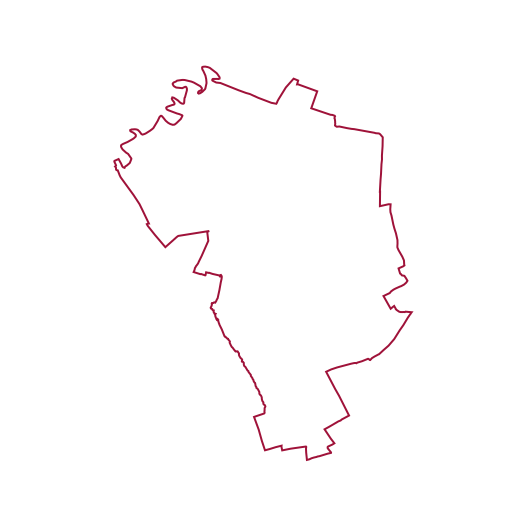 Berezeni, Vaslui, Romania, rotated 200°
{"feature_id": "2599482B46887987422837", "entity_name": "Berezeni", "entity_type": "district", "adm_level": 2, "iso_a3": "ROU", "parent_name": "Romania", "parent_adm1": "Vaslui", "projection": "albers", "projection_center": [28.128, 46.41], "detail": "fine", "context": "isolated", "style": "outline", "palette": "rose", "viewbox_px": 512, "rotation_deg": 200, "n_neighbors": 0, "source": "geoboundaries", "source_scale": "gbopen_adm2", "svg_char_len": 6105}
<svg xmlns="http://www.w3.org/2000/svg" viewBox="0 0 512 512"><g transform="rotate(200 256 256)"><path d="M348.6,406.4L352.7,405.4L356.8,405.9L357.3,406.3L357.4,407.0L357.1,407.6L353.2,409.1L351.7,409.5L350.9,410.2L351.1,411.0L351.5,411.6L354.4,413.7L355.6,414.4L358.4,415.3L363.8,417.0L366.0,417.0L368.5,416.6L370.5,415.7L371.1,415.1L371.0,414.3L370.1,412.9L368.6,411.7L365.2,408.2L363.3,405.2L361.9,402.2L361.6,401.4L360.9,396.1L361.0,395.3L362.6,391.9L364.2,389.8L365.4,389.0L366.2,389.3L366.4,390.1L366.2,390.9L365.8,391.6L364.1,393.1L364.0,394.6L364.4,395.3L366.4,396.5L367.1,396.6L373.7,397.7L376.3,397.8L383.2,397.0L385.4,396.3L390.1,393.8L391.0,392.5L392.7,390.9L393.1,390.0L393.2,389.3L392.8,388.7L391.6,387.7L390.9,387.4L388.6,387.0L382.7,388.5L380.5,390.7L379.8,391.0L379.1,390.7L378.1,389.5L377.6,388.0L377.0,380.8L377.2,380.0L375.9,375.3L376.1,374.5L376.6,374.1L378.1,373.9L379.7,374.2L382.6,375.5L386.0,376.3L387.4,376.6L388.9,376.4L388.9,374.9L387.7,373.8L385.7,372.6L384.7,371.5L384.6,370.7L385.0,370.1L386.4,369.2L390.2,366.1L390.8,365.4L391.1,364.8L390.9,364.2L390.0,363.3L388.3,363.0L379.0,362.9L376.7,363.1L373.6,363.0L373.2,362.8L373.1,362.2L373.5,359.1L376.3,353.4L376.8,352.7L377.2,352.0L377.8,351.4L379.2,350.8L381.7,350.7L384.1,351.1L387.1,352.2L390.5,354.3L392.4,355.3L393.2,355.3L393.6,354.9L394.2,353.6L394.6,349.2L396.2,341.1L396.9,339.8L398.4,337.5L401.4,333.6L402.5,332.5L404.1,331.3L404.8,331.3L405.4,331.4L408.0,333.1L410.3,334.1L411.9,334.0L413.4,333.6L416.3,332.3L417.3,331.2L416.9,330.5L416.2,330.2L413.9,330.0L411.6,329.4L410.3,328.6L409.9,327.4L410.0,326.8L411.1,324.7L412.1,323.4L415.7,319.2L419.2,315.9L420.2,314.7L420.6,314.0L420.5,313.2L420.1,312.5L419.7,312.0L417.8,310.5L413.4,308.7L411.1,308.2L406.5,305.0L406.3,304.2L406.4,300.7L406.5,300.1L408.3,296.9L409.4,295.5L409.7,294.5L409.7,293.9L411.1,293.9L412.2,294.4L414.5,296.8L418.3,300.1L421.5,297.0L421.4,296.2L418.5,293.3L418.6,292.3L419.0,291.9L417.8,291.1L417.0,289.3L416.3,289.0L415.2,289.2L411.7,285.2L410.0,283.6L391.9,271.4L383.2,264.9L378.0,259.9L367.8,249.9L368.5,249.6L369.5,248.6L367.9,247.2L358.1,241.2L344.2,233.3L337.1,246.5L336.3,247.8L335.7,248.4L308.5,263.5L309.8,262.2L309.9,261.6L306.0,253.9L307.1,237.4L307.8,231.1L307.9,229.2L308.4,227.4L309.0,225.6L309.0,224.7L309.3,223.7L309.1,222.9L309.0,221.5L309.1,219.6L302.1,219.9L301.5,220.3L297.1,220.4L296.9,220.6L297.3,223.6L294.8,223.9L294.4,224.2L290.7,224.3L283.6,225.2L283.5,224.9L282.8,224.4L282.5,224.5L282.6,225.3L282.8,226.0L282.5,226.2L281.3,225.3L280.9,224.3L280.5,222.5L280.1,219.3L278.7,211.3L277.6,203.1L277.9,201.9L278.0,199.9L278.4,198.2L279.3,198.2L279.6,198.0L280.0,197.3L281.3,196.7L281.3,195.9L281.0,195.6L280.8,195.3L280.7,193.7L280.9,191.9L280.6,191.5L280.2,191.2L279.0,191.2L278.6,190.6L278.3,190.4L277.1,190.4L277.1,190.0L276.7,188.9L275.5,188.2L275.4,188.1L275.5,187.7L275.4,187.6L274.9,187.5L274.2,187.7L274.3,186.7L273.9,186.2L273.7,185.6L273.4,185.4L272.9,184.6L272.2,183.9L271.8,183.8L271.5,183.1L270.9,183.1L270.8,183.7L270.4,183.6L270.3,183.4L270.7,182.6L270.6,182.4L270.3,182.4L270.0,182.9L269.6,182.9L269.5,182.5L269.1,181.8L268.5,181.1L268.2,180.5L267.5,179.9L267.0,179.1L263.0,175.3L258.2,169.9L257.7,169.6L257.2,169.7L256.8,169.3L256.2,169.3L254.6,168.5L253.9,168.6L253.6,168.1L252.7,167.6L252.2,167.4L251.3,166.7L251.1,165.5L248.9,163.3L247.6,162.2L246.7,161.9L244.0,160.1L243.1,159.8L243.0,159.5L242.5,159.3L240.7,160.1L240.3,159.9L239.9,159.4L239.0,158.9L238.6,158.5L238.2,157.2L237.1,156.0L236.1,155.3L235.4,154.7L234.6,154.6L233.6,153.9L233.5,153.7L233.3,152.2L233.0,151.9L232.1,152.1L231.0,151.5L230.3,149.8L229.6,148.8L229.1,148.5L228.1,148.2L224.8,145.5L223.9,145.3L223.3,144.4L220.2,142.5L219.9,141.6L217.6,140.0L217.0,139.2L216.1,138.7L215.4,137.6L214.2,136.6L213.5,136.4L213.0,135.7L211.9,133.7L210.9,133.0L210.5,132.2L208.8,131.6L206.4,129.4L205.7,127.7L204.8,127.0L204.4,127.0L203.4,126.4L202.3,125.2L201.5,123.4L200.5,122.0L199.0,121.0L198.8,120.2L198.2,119.3L197.9,119.1L196.9,119.0L195.8,118.0L195.7,117.5L195.9,116.3L195.8,115.7L195.2,114.1L195.0,113.0L194.4,111.9L194.3,111.4L194.4,110.9L195.7,109.8L201.1,105.5L202.8,104.1L194.1,93.8L187.2,84.2L181.1,76.5L177.1,79.3L172.1,83.1L167.1,86.5L166.8,85.4L164.9,82.3L157.5,86.8L144.2,93.9L143.7,94.0L143.5,93.8L143.1,92.0L141.6,88.4L138.4,81.8L136.6,83.0L135.4,84.1L134.8,84.8L132.7,86.4L130.2,88.0L129.8,88.5L127.9,89.6L121.0,94.8L118.2,96.6L118.3,97.1L122.8,99.8L123.3,100.8L123.3,101.3L123.1,101.6L119.7,105.0L118.3,106.8L123.3,110.0L132.3,116.6L128.8,120.6L122.0,128.8L120.2,130.4L119.6,131.6L114.0,137.9L130.2,153.1L136.0,158.0L150.5,171.2L146.6,175.1L141.7,179.0L129.8,187.3L127.1,189.0L125.9,189.5L124.9,189.6L124.4,190.4L120.5,193.3L115.6,197.7L115.0,197.8L113.6,197.2L113.1,197.3L112.1,199.7L110.3,202.0L106.8,205.9L106.7,205.9L104.0,211.2L100.8,217.0L97.7,225.2L95.5,235.5L93.9,241.4L92.2,250.1L91.2,253.9L91.0,254.3L90.9,255.1L90.5,256.4L96.5,254.8L96.9,254.2L97.7,254.0L100.8,252.8L102.3,252.6L105.4,253.4L106.5,253.9L106.6,254.2L109.1,256.3L110.0,254.9L111.4,252.5L122.5,262.0L117.6,267.0L117.0,268.9L115.3,271.4L113.7,273.2L110.4,276.4L109.3,277.3L107.1,279.8L105.7,282.4L105.2,284.5L107.3,286.3L109.8,288.1L112.3,287.7L113.7,288.6L114.6,288.8L117.8,293.1L114.2,296.6L113.3,297.9L113.9,298.8L115.2,301.9L115.5,302.5L118.3,305.4L124.0,310.2L126.0,312.3L126.5,313.5L127.2,315.9L128.5,319.3L132.2,325.1L135.3,329.1L137.7,332.5L142.5,340.3L144.6,343.1L145.8,345.8L147.2,350.6L149.1,350.0L156.6,345.2L161.4,358.9L161.6,358.8L165.1,370.4L166.6,375.9L169.5,385.2L170.6,389.7L172.0,393.4L174.6,402.4L177.5,410.9L181.0,412.9L182.4,413.2L185.6,412.3L186.7,412.3L207.1,408.8L209.8,408.1L214.2,407.3L222.0,406.2L224.3,405.1L225.9,405.4L226.4,405.7L226.8,407.5L227.4,408.7L227.8,409.9L228.1,410.3L228.7,411.6L229.4,412.3L229.6,413.8L229.5,414.3L230.0,414.7L232.5,414.7L234.2,414.2L254.6,413.7L254.8,431.7L275.2,431.7L276.1,431.3L276.4,435.3L281.3,435.5L285.6,424.6L288.4,411.1L288.8,408.4L288.7,407.5L289.0,406.0L293.9,405.2L307.9,405.4L317.3,406.1L321.1,405.8L329.0,405.8L348.6,406.4Z" fill="none" stroke="#9f1239" stroke-width="2"/></g></svg>